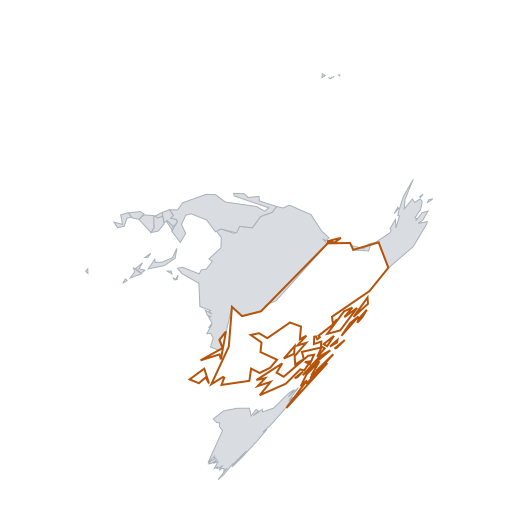 location of Canada within North America, rotated 133°
{"feature_id": "CAN", "entity_name": "Canada", "entity_type": "country or territory", "adm_level": 0, "iso_a3": "CAN", "parent_name": "North America", "parent_adm1": "", "projection": "equal_earth", "projection_center": [-89.555, 62.395], "detail": "medium", "context": "in_parent", "style": "outline", "palette": "amber", "viewbox_px": 512, "rotation_deg": 133, "n_neighbors": 17, "source": "natural_earth", "source_scale": "50m", "svg_char_len": 6716}
<svg xmlns="http://www.w3.org/2000/svg" viewBox="0 0 512 512"><g transform="rotate(133 256 256)"><path d="M198.5,212.1L275.4,210.8L284.0,215.2L293.0,214.6L309.5,225.2L309.6,238.9L331.2,226.5L340.7,226.5L346.1,217.6L350.3,219.0L353.6,227.2L345.2,231.3L343.6,236.4L346.4,239.0L335.8,241.7L340.9,241.7L335.1,242.4L332.8,249.3L330.9,247.2L332.5,251.4L330.2,256.1L328.5,248.5L328.8,252.7L326.9,252.1L331.2,262.6L314.9,279.2L319.4,298.0L318.6,305.0L314.4,302.2L307.8,285.3L303.5,286.6L299.5,283.4L289.6,284.4L290.2,288.5L273.9,287.2L266.2,294.0L264.7,302.4L260.1,300.1L254.5,287.6L245.3,288.1L237.9,277.9L224.0,279.6L213.2,274.0L205.8,274.7L202.2,268.7L196.1,266.4L188.2,244.0L193.1,224.6L192.9,215.0L197.1,215.5L197.9,218.9L198.5,212.1ZM174.4,151.0L162.4,175.6L169.6,179.8L175.5,177.1L185.3,189.0L182.9,192.6L177.2,182.1L170.8,181.9L164.3,177.9L148.1,173.9L145.1,174.5L144.6,176.6L134.1,179.0L140.1,172.8L128.7,178.4L129.7,179.9L126.2,182.1L112.0,188.8L92.7,193.3L113.1,185.6L120.4,179.7L107.6,180.5L108.6,176.5L102.5,175.0L102.5,172.2L104.5,170.5L109.4,167.5L119.6,165.8L119.0,164.1L121.4,163.1L110.9,164.0L105.8,160.8L116.0,158.5L121.7,159.7L114.0,154.2L116.3,152.9L142.0,147.4L174.4,151.0ZM93.5,165.8L96.2,166.0L99.8,167.1L97.1,168.0L93.5,165.8ZM76.7,328.4L80.6,329.3L77.5,331.8L76.7,328.4ZM75.8,322.8L76.2,324.7L75.5,323.2L75.8,322.8ZM73.9,321.9L75.3,322.6L73.6,322.5L73.9,321.9ZM71.2,321.5L72.7,321.5L72.5,321.8L71.2,321.5ZM67.2,317.6L67.3,319.1L66.4,318.3L67.2,317.6ZM96.8,175.9L101.3,175.6L100.8,176.8L96.8,175.9ZM124.0,184.2L130.7,183.8L123.7,185.6L124.0,184.2Z" fill="#d9dde1" stroke="#a8b0b8" stroke-width="1"/><path d="M346.9,328.4L347.2,335.6L338.3,334.3L345.1,332.9L342.1,327.5L346.9,328.4Z" fill="#d9dde1" stroke="#a8b0b8" stroke-width="1"/><path d="M348.2,337.5L347.3,327.7L358.0,333.1L350.5,333.9L348.2,337.5Z" fill="#d9dde1" stroke="#a8b0b8" stroke-width="1"/><path d="M323.1,299.9L326.3,298.2L326.5,299.3L323.1,299.9ZM326.5,297.3L329.0,299.2L328.6,302.2L328.0,299.5L326.5,297.3ZM324.9,307.7L326.4,305.2L327.8,311.1L324.9,307.7Z" fill="#d9dde1" stroke="#a8b0b8" stroke-width="1"/><path d="M375.2,129.8L391.0,129.0L413.9,129.0L426.9,129.7L405.2,130.2L425.3,130.7L423.6,131.3L437.8,130.5L445.6,131.2L430.9,132.5L435.7,132.5L433.2,134.3L434.7,136.0L438.0,137.0L431.8,137.5L436.4,138.4L438.0,139.9L435.9,140.0L439.9,141.6L432.3,143.5L436.8,145.7L431.1,145.4L438.2,147.2L440.3,148.9L436.7,149.3L430.8,147.3L432.5,148.7L430.7,149.9L439.9,150.1L406.5,161.4L405.7,166.6L402.7,168.8L404.6,171.0L404.3,176.2L391.4,174.0L380.5,166.2L371.8,157.0L376.3,150.5L368.1,151.3L367.8,148.6L374.6,149.1L363.9,146.8L365.6,144.9L355.2,139.4L334.0,138.5L327.6,136.9L337.1,136.4L323.4,135.3L338.5,133.5L339.1,133.0L333.5,132.5L344.8,131.1L343.8,130.7L368.1,130.0L380.3,130.8L375.2,129.8Z" fill="#d9dde1" stroke="#a8b0b8" stroke-width="1"/><path d="M205.8,274.7L213.2,274.0L224.0,279.6L237.9,277.9L245.3,288.1L252.4,286.0L260.1,300.1L266.0,302.2L263.3,316.7L269.4,332.2L274.1,335.2L283.8,332.0L287.4,322.9L297.7,320.6L295.3,334.7L285.1,336.6L283.6,339.0L286.8,344.2L282.7,344.2L281.1,350.8L275.8,344.7L267.1,346.0L244.9,334.5L238.7,327.4L237.5,315.3L219.5,289.4L217.4,280.3L212.0,279.4L226.9,312.8L225.4,315.1L218.5,307.0L218.5,301.6L210.4,294.5L213.4,291.0L205.8,274.7Z" fill="#d9dde1" stroke="#a8b0b8" stroke-width="1"/><path d="M329.7,376.6L328.1,383.0L323.9,375.2L318.2,383.0L311.7,379.2L311.4,373.0L316.4,376.1L324.2,372.7L329.7,376.6Z" fill="#d9dde1" stroke="#a8b0b8" stroke-width="1"/><path d="M312.7,372.7L311.4,378.6L302.5,371.0L301.6,366.8L309.0,366.6L312.7,372.7Z" fill="#d9dde1" stroke="#a8b0b8" stroke-width="1"/><path d="M309.0,366.6L302.3,365.9L295.9,358.0L304.8,349.7L310.5,348.8L309.0,366.6Z" fill="#d9dde1" stroke="#a8b0b8" stroke-width="1"/><path d="M310.5,348.8L304.8,349.7L297.0,357.6L290.4,351.3L295.1,345.1L304.5,344.5L310.5,348.8Z" fill="#d9dde1" stroke="#a8b0b8" stroke-width="1"/><path d="M290.4,351.3L295.7,354.1L295.1,356.9L288.0,354.3L290.4,351.3Z" fill="#d9dde1" stroke="#a8b0b8" stroke-width="1"/><path d="M281.1,350.8L282.7,344.2L286.8,344.2L283.6,339.0L285.1,336.6L291.1,336.6L290.8,345.0L294.1,345.7L290.4,351.3L288.0,354.3L281.1,350.8Z" fill="#d9dde1" stroke="#a8b0b8" stroke-width="1"/><path d="M291.1,336.6L294.4,334.3L291.8,345.0L290.8,345.0L291.1,336.6Z" fill="#d9dde1" stroke="#a8b0b8" stroke-width="1"/><path d="M361.9,333.5L366.8,334.8L361.8,336.0L361.9,333.5Z" fill="#d9dde1" stroke="#a8b0b8" stroke-width="1"/><path d="M325.8,334.8L330.5,334.1L332.8,336.3L325.8,334.8Z" fill="#d9dde1" stroke="#a8b0b8" stroke-width="1"/><path d="M312.8,313.6L325.3,316.4L338.9,326.0L327.5,327.8L329.6,325.4L324.3,320.3L314.4,315.9L304.3,319.1L312.8,313.6Z" fill="#d9dde1" stroke="#a8b0b8" stroke-width="1"/><path d="M380.1,370.3L383.4,367.0L383.4,370.3L380.1,370.3Z" fill="#d9dde1" stroke="#a8b0b8" stroke-width="1"/><path d="M185.2,189.1L162.4,175.6L174.3,151.2L204.3,149.1L248.6,159.0L253.0,153.6L247.1,153.6L252.2,152.8L271.6,155.9L271.9,153.8L275.1,154.4L273.9,157.3L275.3,158.4L280.9,153.6L274.1,149.9L278.7,146.1L294.8,157.0L298.8,150.7L308.6,153.3L303.0,159.4L285.4,160.1L293.2,164.7L279.9,164.8L287.0,167.1L276.9,175.0L281.5,185.8L308.4,191.7L310.4,201.1L317.3,206.0L315.5,193.0L323.2,187.2L317.5,169.9L328.1,169.4L339.1,173.6L341.7,182.8L351.8,175.7L373.8,193.3L366.6,196.3L367.0,197.6L380.2,201.2L340.8,214.1L309.6,238.9L309.5,225.2L293.0,214.6L197.9,212.2L182.3,196.1L185.2,189.1ZM299.7,147.4L300.2,148.1L298.6,143.9L306.9,142.7L308.7,146.3L329.2,147.1L355.2,158.3L338.2,159.5L349.9,166.0L339.1,166.0L346.4,171.1L316.7,163.6L327.3,161.3L325.4,153.4L293.4,149.8L288.7,146.2L299.5,142.5L296.0,144.5L299.7,147.4ZM285.5,130.8L346.5,130.1L312.2,133.9L320.8,134.4L308.2,138.3L289.7,137.8L305.8,134.0L296.0,132.4L308.3,133.2L303.1,132.3L315.4,131.7L311.6,131.6L315.3,131.0L285.5,130.8ZM225.1,146.6L253.1,143.7L264.3,150.8L236.4,153.9L228.0,150.3L240.5,149.7L225.1,146.6ZM370.2,225.4L346.1,217.6L342.4,225.5L331.7,226.5L355.5,211.2L352.9,215.6L370.2,225.4ZM214.6,141.5L234.0,143.1L210.3,146.1L214.6,141.5ZM275.1,132.5L293.6,132.2L299.0,133.6L275.1,132.5ZM274.4,137.3L291.1,139.5L311.3,140.4L285.6,140.9L274.4,137.3ZM230.3,139.8L256.1,139.1L240.7,141.4L230.3,139.8ZM381.3,203.4L379.0,210.0L388.0,211.0L391.5,220.4L373.7,217.0L381.3,203.4ZM261.2,144.5L273.5,142.5L274.3,146.4L261.2,144.5ZM295.4,166.3L301.6,161.4L312.0,165.7L295.4,166.3ZM276.7,142.7L288.0,142.4L277.4,146.0L276.7,142.7ZM235.7,136.4L231.7,138.1L219.7,138.3L228.3,136.5L235.7,136.4ZM264.1,137.8L271.8,140.2L261.8,139.2L264.1,137.8ZM256.9,133.8L268.3,134.4L270.2,135.4L256.9,133.8ZM184.9,206.3L192.3,207.6L196.9,214.1L184.9,206.3ZM308.5,142.8L316.4,143.1L319.0,144.3L308.5,142.8Z" fill="none" stroke="#b45309" stroke-width="2"/></g></svg>